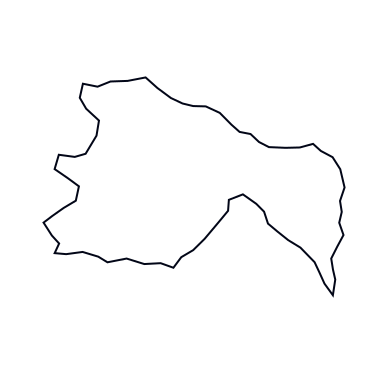 the district of Diadema, São Paulo, Brazil, rotated 261°
{"feature_id": "56859067B95634505388778", "entity_name": "Diadema", "entity_type": "district", "adm_level": 2, "iso_a3": "BRA", "parent_name": "Brazil", "parent_adm1": "São Paulo", "projection": "albers", "projection_center": [-46.614, -23.698], "detail": "fine", "context": "isolated", "style": "outline", "palette": "ink", "viewbox_px": 384, "rotation_deg": 261, "n_neighbors": 0, "source": "geoboundaries", "source_scale": "gbopen_adm2", "svg_char_len": 1030}
<svg xmlns="http://www.w3.org/2000/svg" viewBox="0 0 384 384"><g transform="rotate(261 192 192)"><path d="M190.3,50.5L185.0,40.6L170.9,46.8L161.9,52.7L153.1,46.8L150.3,58.0L149.9,74.6L142.8,89.3L135.8,97.5L136.5,117.0L128.3,133.6L126.6,149.9L120.1,161.8L129.3,171.2L134.4,184.1L143.8,197.2L157.5,213.0L167.8,224.7L178.5,227.2L181.7,241.9L170.3,253.6L161.3,260.1L148.9,262.1L139.6,270.2L129.3,279.6L120.1,290.4L103.5,302.1L93.2,305.1L80.8,308.5L68.0,315.0L83.1,319.8L93.4,319.1L104.5,319.1L115.3,326.9L125.8,334.9L138.6,332.6L148.9,336.8L160.0,336.8L172.6,343.4L191.3,342.0L204.4,336.3L212.4,325.7L220.6,319.1L219.1,305.5L221.0,291.3L224.3,275.0L230.9,266.0L240.1,258.9L243.9,248.4L252.3,241.5L265.8,231.8L274.4,219.0L276.7,206.6L280.9,196.5L288.1,185.9L300.0,174.2L312.4,164.1L311.8,145.8L313.9,128.8L310.8,115.2L316.0,101.2L302.6,95.9L290.8,100.5L277.1,111.3L262.6,106.5L246.4,92.9L245.0,81.7L249.6,66.3L236.1,59.9L225.0,71.6L215.3,81.2L201.6,75.9L196.4,62.9L190.3,50.5Z" fill="none" stroke="#020617" stroke-width="2"/></g></svg>